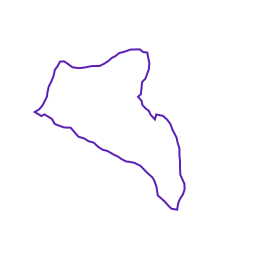 outline of Dolcinópolis, São Paulo, Brazil, rotated 141°
{"feature_id": "56859067B60729882728562", "entity_name": "Dolcinópolis", "entity_type": "district", "adm_level": 2, "iso_a3": "BRA", "parent_name": "Brazil", "parent_adm1": "São Paulo", "projection": "robinson", "projection_center": [-50.529, -20.106], "detail": "fine", "context": "isolated", "style": "outline", "palette": "violet", "viewbox_px": 256, "rotation_deg": 141, "n_neighbors": 0, "source": "geoboundaries", "source_scale": "gbopen_adm2", "svg_char_len": 1257}
<svg xmlns="http://www.w3.org/2000/svg" viewBox="0 0 256 256"><g transform="rotate(141 128 128)"><path d="M187.8,191.8L184.4,191.2L181.4,182.9L182.4,177.3L180.5,173.9L177.3,168.6L172.4,164.4L172.2,157.9L172.0,152.4L168.7,147.7L167.0,142.6L163.9,138.2L163.0,132.0L161.3,126.9L158.4,123.1L155.7,116.0L153.8,112.2L152.6,107.9L150.4,103.0L147.5,100.1L144.9,96.8L142.1,90.7L141.4,82.3L140.8,78.1L140.1,74.0L140.8,70.2L143.0,64.1L147.3,56.9L145.8,48.2L145.5,41.7L144.9,37.7L141.2,33.6L136.6,37.7L132.9,39.9L127.0,41.9L122.6,44.7L119.3,49.1L116.8,58.7L112.8,64.1L110.5,67.0L108.1,70.0L105.5,74.0L101.0,79.6L98.7,85.3L96.3,90.0L94.6,98.3L92.5,104.7L92.3,109.6L93.1,115.3L97.5,120.7L101.7,117.7L102.1,124.1L101.0,128.1L102.1,132.6L102.3,136.8L100.4,140.7L100.5,146.0L96.7,146.2L92.8,150.1L88.2,154.8L83.4,155.4L79.3,157.9L74.9,160.5L70.7,164.8L65.6,174.5L68.5,177.6L69.3,181.6L72.3,184.0L76.9,187.5L82.5,189.4L87.7,191.8L92.5,191.8L96.7,192.7L100.8,192.4L105.6,192.9L111.1,194.1L115.9,198.0L119.3,200.1L123.1,202.0L128.5,205.4L132.9,210.1L134.6,216.5L135.8,220.1L139.1,222.4L144.0,220.3L148.3,219.2L152.9,215.4L157.7,212.7L163.5,210.1L168.5,206.1L171.1,203.5L180.3,199.3L185.2,198.4L190.4,199.1L187.8,191.8Z" fill="none" stroke="#5b21b6" stroke-width="2"/></g></svg>